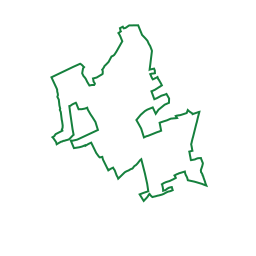 Kantunil, Yucatán, Mexico (Albers equal-area conic projection), rotated 59°
{"feature_id": "50627088B31709995716796", "entity_name": "Kantunil", "entity_type": "district", "adm_level": 2, "iso_a3": "MEX", "parent_name": "Mexico", "parent_adm1": "Yucatán", "projection": "albers", "projection_center": [-88.955, 20.752], "detail": "fine", "context": "isolated", "style": "outline", "palette": "green", "viewbox_px": 256, "rotation_deg": 59, "n_neighbors": 0, "source": "geoboundaries", "source_scale": "gbopen_adm2", "svg_char_len": 5836}
<svg xmlns="http://www.w3.org/2000/svg" viewBox="0 0 256 256"><g transform="rotate(59 128 128)"><path d="M198.6,152.1L197.8,149.2L197.4,147.8L196.9,146.4L195.7,144.2L195.6,143.5L196.2,143.5L196.5,143.4L196.8,143.5L197.3,143.4L197.6,143.3L197.8,143.2L198.4,143.1L198.6,143.0L199.4,142.8L199.8,142.6L200.0,141.8L200.2,141.1L200.3,140.7L200.5,140.3L200.9,138.9L201.3,137.3L201.6,136.6L201.7,136.3L201.9,135.6L202.0,135.1L202.2,134.7L202.3,134.3L202.3,134.0L202.5,133.5L202.6,133.1L202.8,131.8L202.9,131.0L202.9,130.3L202.9,129.8L202.9,129.5L203.0,128.6L203.0,127.9L203.1,127.4L203.1,127.2L203.1,126.9L203.2,126.4L203.3,126.2L203.5,125.5L203.7,125.0L203.9,124.3L204.1,123.2L204.2,122.8L204.2,122.3L204.3,121.7L203.5,121.5L203.2,121.4L201.9,121.1L201.2,120.9L200.9,121.6L200.7,122.3L200.5,123.0L200.3,123.6L200.3,124.1L200.3,124.6L200.2,125.0L200.2,125.5L200.3,126.1L200.4,126.6L200.5,127.4L200.5,127.7L200.5,128.2L200.3,128.6L200.2,128.9L199.9,130.2L199.2,129.8L198.2,129.3L196.6,128.7L195.7,128.4L194.9,128.2L194.2,127.9L193.7,127.9L193.7,127.1L193.7,126.6L193.6,126.3L193.7,125.3L193.8,124.5L193.9,123.6L194.1,122.7L194.6,120.7L194.8,120.1L194.9,119.3L195.0,118.8L195.0,118.2L195.1,117.4L195.1,117.1L195.2,116.5L195.3,115.4L195.3,114.4L195.4,113.7L195.4,112.7L195.0,112.6L194.5,112.6L194.1,112.6L193.1,112.6L192.6,112.6L192.7,111.4L192.7,110.5L192.8,110.0L192.8,109.7L192.9,109.2L193.1,108.2L193.1,107.3L193.2,107.1L193.4,106.6L193.5,106.1L194.6,101.7L195.1,101.9L196.5,102.4L196.9,102.5L197.7,102.6L198.1,102.7L199.2,102.7L199.6,102.8L200.1,102.8L200.7,102.8L203.6,103.6L208.1,98.8L209.7,97.3L214.1,93.3L215.5,92.3L217.7,90.5L215.2,90.1L213.9,89.7L211.9,89.3L209.3,88.8L208.0,88.4L207.1,88.5L206.3,88.1L205.7,88.1L205.3,88.0L203.4,88.1L202.7,87.7L202.0,87.5L201.4,87.0L198.9,84.0L197.1,82.2L196.5,81.9L192.7,81.3L191.6,81.1L191.3,81.0L189.9,83.7L189.6,85.0L189.4,86.9L188.0,90.6L187.8,90.6L186.0,89.9L185.0,89.5L183.8,89.1L180.4,87.8L180.2,87.7L179.8,87.6L180.1,86.6L180.5,85.1L180.7,84.5L179.5,84.1L177.2,83.2L175.0,82.4L174.4,82.2L173.8,81.5L173.5,81.2L172.1,79.9L170.1,77.9L169.4,77.1L168.1,75.8L167.4,75.1L166.4,74.1L163.6,71.3L163.3,71.0L161.9,69.6L161.4,69.1L159.4,67.1L158.7,66.3L158.2,65.8L155.3,63.0L154.8,62.5L153.9,61.6L152.4,60.0L151.3,58.9L150.9,58.5L150.7,59.1L150.5,60.2L150.3,61.2L150.1,62.0L150.0,62.6L149.6,64.4L149.5,65.0L149.4,65.5L148.7,65.3L148.0,65.7L145.2,67.0L143.4,67.5L145.4,70.0L144.8,72.7L144.1,75.7L143.9,76.5L143.8,76.8L143.1,78.3L143.0,78.7L142.6,79.6L142.4,80.4L142.3,80.9L142.8,80.9L143.2,80.9L144.7,80.8L144.4,81.6L143.3,83.8L142.6,85.3L142.2,86.1L142.1,86.4L142.0,86.7L141.5,90.6L140.9,93.1L140.6,94.3L140.5,94.8L140.4,95.2L139.8,98.2L147.4,101.0L147.2,102.1L147.1,102.7L147.1,103.0L146.9,103.7L146.7,104.7L146.5,105.6L145.9,109.5L145.0,115.0L144.6,116.3L144.5,117.0L144.4,117.7L144.4,118.3L144.3,119.2L135.3,117.0L130.1,116.8L125.5,116.7L123.2,110.2L122.9,108.4L122.8,108.0L122.2,104.8L122.2,102.0L123.1,96.2L130.1,96.9L128.0,92.4L127.9,91.8L127.9,91.4L126.9,84.6L127.5,79.9L123.9,77.6L118.6,77.5L118.4,79.2L117.5,82.8L117.5,83.3L117.3,88.2L117.1,88.9L117.1,89.2L117.0,89.8L116.9,90.6L108.6,89.0L108.8,87.8L108.9,87.3L108.9,87.2L108.9,86.9L109.1,85.3L108.9,77.0L106.4,76.8L105.9,76.8L104.2,76.8L103.2,76.7L102.7,76.7L102.3,76.8L102.0,76.9L101.6,76.9L101.1,76.7L100.5,76.7L99.5,76.5L99.5,77.9L99.3,79.7L99.2,81.0L99.1,81.7L97.4,81.7L95.6,81.5L94.5,81.3L93.3,81.2L93.6,79.7L94.0,79.0L94.4,78.1L94.9,76.7L92.5,75.4L90.5,75.1L89.4,78.5L89.1,78.8L89.0,79.1L89.0,79.3L88.2,78.7L85.3,76.4L81.2,73.2L74.3,67.8L73.7,67.6L72.6,67.4L69.2,66.8L66.4,66.8L63.2,66.4L59.8,67.0L55.5,68.0L45.2,66.4L40.7,74.1L40.7,75.0L40.9,77.6L40.9,78.7L40.8,78.9L40.8,79.0L40.4,80.3L39.7,80.4L38.5,80.3L38.3,83.5L39.0,83.7L40.9,84.4L41.5,84.4L41.7,87.3L42.5,87.2L45.5,87.4L49.9,88.1L50.7,88.2L56.4,98.3L57.9,101.3L58.2,102.1L58.3,102.3L58.4,103.8L58.2,105.3L61.4,110.7L62.4,114.5L62.8,116.3L63.6,117.4L63.9,118.1L64.5,119.2L64.7,120.1L66.2,120.3L68.5,121.8L68.7,123.3L68.6,123.6L68.6,128.9L67.5,132.5L68.5,132.8L70.4,133.6L72.8,133.5L73.1,133.7L73.7,134.9L72.5,136.9L71.7,139.2L69.6,139.2L67.4,139.2L64.3,138.9L62.5,139.0L60.6,139.4L58.5,139.2L57.5,139.1L53.7,135.8L53.2,134.3L52.4,134.6L51.1,134.8L49.5,135.3L48.3,135.9L47.4,143.3L45.1,167.5L57.6,168.8L58.9,169.1L59.5,169.5L60.6,170.0L62.1,170.4L63.7,171.1L64.9,172.5L68.0,172.7L73.4,175.2L76.6,176.2L77.3,177.1L78.4,177.2L79.7,177.4L86.9,180.6L88.2,181.0L92.2,182.7L94.0,183.9L95.0,185.0L95.1,185.4L96.5,185.6L96.0,193.2L96.6,194.6L96.9,195.0L97.0,195.3L97.0,197.5L98.3,197.2L103.1,196.9L105.2,197.5L105.2,195.2L105.3,192.4L105.7,191.2L105.7,190.1L106.2,189.1L106.5,187.6L106.8,186.7L107.3,184.7L107.1,183.3L105.8,178.5L105.8,178.1L100.6,176.2L85.1,169.7L79.0,167.0L79.3,166.0L79.2,164.7L79.1,163.7L79.2,162.4L79.5,159.7L80.3,159.7L85.8,160.6L86.5,160.7L87.0,159.7L88.0,158.1L89.0,155.4L89.2,154.8L89.6,152.5L91.4,153.0L97.0,153.1L100.8,152.9L106.1,152.8L110.1,153.8L114.2,154.8L111.9,176.7L111.8,177.6L110.3,182.2L109.4,183.3L109.4,183.5L117.4,184.7L119.5,179.5L120.3,176.6L120.7,173.6L121.3,173.7L121.3,172.4L121.3,170.1L121.6,167.1L133.1,168.1L137.6,167.7L138.7,167.3L139.5,164.9L142.1,165.7L154.2,166.7L154.2,166.0L153.8,165.6L154.1,165.3L154.1,163.7L154.1,163.3L154.3,161.2L156.0,161.3L156.5,161.2L157.6,161.2L162.9,162.2L164.7,162.2L166.4,162.5L164.3,153.6L164.3,152.4L164.4,151.1L164.5,150.4L164.6,149.9L164.7,149.3L164.7,148.9L164.6,148.1L164.7,147.7L164.7,146.9L164.8,146.0L165.0,145.6L165.0,144.9L164.8,144.3L164.5,143.7L164.4,143.4L164.0,142.4L163.9,141.8L163.9,141.5L163.9,141.1L163.9,140.6L163.8,139.9L163.7,139.7L163.6,139.1L163.1,137.6L163.0,137.2L162.9,137.0L162.7,136.6L162.6,136.3L162.2,135.2L162.0,134.7L161.8,134.2L161.6,132.7L175.9,137.0L185.7,140.3L192.7,143.2L191.6,148.1L190.9,152.2L198.6,152.1Z" fill="none" stroke="#15803d" stroke-width="2"/></g></svg>